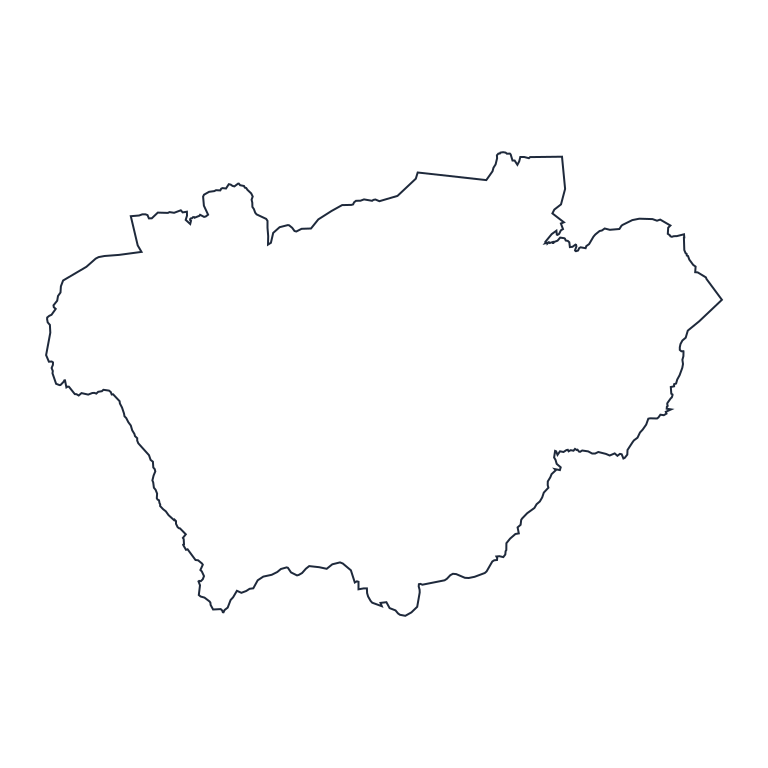 the district of Taretan, Michoacán, Mexico
{"feature_id": "50627088B53214631198114", "entity_name": "Taretan", "entity_type": "district", "adm_level": 2, "iso_a3": "MEX", "parent_name": "Mexico", "parent_adm1": "Michoacán", "projection": "robinson", "projection_center": [-101.91, 19.326], "detail": "fine", "context": "isolated", "style": "outline", "palette": "slate", "viewbox_px": 768, "rotation_deg": 0, "n_neighbors": 0, "source": "geoboundaries", "source_scale": "gbopen_adm2", "svg_char_len": 6083}
<svg xmlns="http://www.w3.org/2000/svg" viewBox="0 0 768 768"><path d="M506.3,550.1L506.4,543.2L510.1,538.6L515.4,534.0L518.8,533.4L517.6,527.4L520.6,524.8L521.2,519.9L522.1,518.5L527.2,513.2L534.4,508.0L536.6,504.2L539.8,501.5L542.2,497.4L543.8,492.6L548.4,487.7L547.7,485.1L547.8,481.4L550.3,477.3L551.6,474.1L555.8,470.2L554.8,469.1L559.9,470.1L560.7,467.3L556.7,463.9L555.5,459.8L554.1,457.5L555.1,450.9L556.1,451.3L557.5,454.9L560.0,451.3L563.5,452.0L566.4,450.1L567.8,449.8L568.6,451.3L570.7,450.2L573.5,450.7L575.0,448.9L576.7,450.0L577.5,449.7L579.0,451.6L580.1,451.8L582.2,450.5L588.2,451.4L592.1,453.5L595.2,453.5L598.3,452.0L605.9,453.9L609.7,455.5L614.7,453.4L617.4,455.8L619.9,453.9L620.7,454.0L621.7,454.3L623.4,458.5L624.7,457.9L627.3,454.6L627.5,450.0L632.5,442.3L633.9,440.4L637.5,437.7L640.0,432.5L642.6,429.7L646.2,424.6L648.3,418.7L650.1,418.3L657.0,418.5L658.4,417.5L660.4,414.7L663.8,415.2L666.5,413.6L665.8,411.8L671.1,409.4L666.7,408.7L666.9,406.6L667.7,405.9L667.2,403.9L667.5,402.9L670.7,398.4L671.8,397.4L672.5,395.2L672.5,394.5L671.3,393.7L670.8,387.0L674.1,386.3L674.1,384.2L676.1,383.5L677.2,379.6L679.6,375.2L682.3,367.8L683.0,364.0L682.4,359.8L683.4,356.2L683.5,351.7L683.4,351.2L681.4,351.3L679.8,349.9L679.8,347.2L680.5,344.0L682.4,340.5L685.7,337.7L687.8,330.6L699.2,321.3L721.9,299.8L706.5,279.0L705.9,277.4L697.7,272.4L695.2,272.2L695.6,266.6L693.2,264.9L689.3,259.6L688.0,256.0L686.8,255.5L686.6,253.8L685.6,253.2L684.3,250.1L683.9,237.6L684.3,237.5L684.0,234.3L676.9,236.1L673.8,236.2L671.9,236.8L670.4,236.3L669.9,235.3L667.8,233.8L668.2,227.7L670.4,225.5L660.2,219.6L657.0,220.7L652.5,219.1L639.3,218.7L632.3,220.1L622.6,224.9L621.5,225.7L619.4,229.0L609.8,229.8L604.7,228.5L601.9,230.5L599.6,231.0L595.3,234.5L593.5,236.6L589.1,244.1L586.3,246.1L585.6,248.2L580.6,247.3L579.2,248.1L578.1,250.5L576.4,251.1L575.6,251.1L575.0,250.3L576.4,246.5L576.1,244.9L575.5,244.6L572.5,246.8L569.9,247.1L569.3,242.3L567.8,240.9L565.7,240.5L564.9,238.6L564.2,238.2L560.2,237.6L557.5,240.7L554.3,241.9L553.4,243.0L553.0,243.0L552.9,242.0L549.7,243.0L548.9,242.2L547.4,243.6L547.3,242.8L545.1,243.3L545.5,242.8L545.3,241.9L551.7,234.1L556.4,230.7L556.8,234.6L557.5,234.9L559.1,233.9L560.9,230.3L563.0,229.1L560.9,223.5L563.9,222.3L552.4,213.4L554.3,209.6L561.0,204.4L565.1,188.9L562.0,156.7L530.1,157.1L528.9,158.2L524.2,157.0L520.3,157.0L519.2,161.4L517.4,164.8L514.6,160.5L512.5,160.5L510.7,154.5L509.9,153.6L506.9,153.7L505.6,152.6L503.1,152.2L500.4,152.6L499.9,153.5L498.4,153.6L496.9,155.3L497.1,158.2L495.6,164.4L493.5,167.7L492.5,171.3L486.3,180.1L417.7,172.5L415.8,178.7L397.5,195.9L379.4,201.2L375.4,199.5L373.4,199.9L372.1,200.8L364.0,199.4L360.5,200.7L356.0,200.8L354.1,202.3L353.1,204.4L351.4,204.9L342.1,205.1L331.5,211.0L318.3,219.4L311.0,228.5L301.6,228.8L296.3,231.5L294.5,231.0L292.2,227.8L289.1,225.3L287.8,225.1L279.6,227.2L273.2,232.9L270.9,242.8L268.0,244.6L268.2,236.2L267.5,227.8L267.5,220.9L266.2,218.9L256.6,214.4L255.2,212.7L253.9,209.1L252.4,206.9L252.3,202.7L251.6,199.7L252.7,196.5L251.2,193.4L247.4,189.8L246.2,188.0L244.8,187.6L244.0,186.0L240.1,185.2L238.8,183.6L238.1,183.6L234.4,186.4L232.5,185.9L230.7,184.6L228.8,184.2L226.0,188.5L222.5,188.1L221.2,188.7L220.3,190.4L216.0,190.2L214.3,191.1L209.1,191.8L204.0,194.7L203.1,196.6L203.9,205.7L208.1,214.7L205.7,216.5L204.1,216.9L200.1,214.8L199.4,215.8L194.6,217.7L194.2,217.1L193.1,217.1L191.9,218.3L190.8,218.4L190.2,219.0L190.1,220.0L191.0,220.8L190.2,224.0L185.7,219.9L187.0,215.7L186.9,211.7L182.7,212.4L180.8,210.3L174.1,212.8L169.5,212.1L167.9,212.9L157.8,212.6L151.8,218.3L148.9,218.4L147.5,215.1L145.4,214.3L142.4,214.3L139.1,215.5L130.8,216.2L137.7,245.4L141.5,251.9L119.0,254.9L104.5,256.0L98.6,257.1L95.7,258.6L86.4,266.8L63.1,280.5L60.9,286.3L60.5,292.5L58.0,296.0L57.2,300.7L53.5,305.3L53.8,307.2L55.7,308.9L51.5,314.8L49.3,315.8L47.2,317.5L47.1,319.2L47.7,322.4L49.9,324.9L50.3,332.7L46.1,355.1L48.9,361.7L51.7,361.5L53.0,362.4L52.9,364.9L51.6,368.0L52.8,371.0L52.5,373.3L56.1,383.8L59.5,385.1L60.5,385.0L63.6,381.8L64.4,380.3L65.0,380.3L66.4,387.4L67.7,386.6L68.9,386.7L74.8,394.1L76.5,394.2L78.7,395.5L81.5,393.1L88.2,394.6L92.3,393.0L94.5,392.9L96.3,393.6L98.2,391.8L101.9,391.2L103.4,389.8L109.0,390.6L110.8,392.1L111.7,394.5L113.1,394.3L119.6,401.2L119.9,403.5L122.0,407.5L124.0,413.5L124.5,416.3L126.2,418.0L128.4,422.3L130.8,425.5L132.2,430.3L134.4,433.9L135.0,436.1L137.2,438.2L137.2,440.6L138.3,443.3L149.0,455.2L150.6,459.9L152.9,461.7L153.3,467.5L154.7,469.1L155.3,471.4L153.6,475.5L152.4,480.4L153.2,482.4L153.9,487.7L155.6,489.8L157.1,493.6L156.8,498.2L157.6,499.6L159.0,500.3L159.5,503.1L160.2,504.4L160.1,506.0L163.1,509.2L165.8,511.3L168.6,515.2L174.1,520.2L174.5,519.6L176.0,521.1L176.0,523.8L177.6,527.1L178.9,528.2L180.0,528.4L185.8,534.3L182.9,537.9L183.7,539.1L184.0,544.4L183.2,544.7L183.3,545.2L186.0,549.8L187.6,549.3L195.5,560.0L198.1,560.3L202.0,563.5L202.8,564.7L200.4,570.0L201.8,571.4L204.0,576.1L202.8,579.2L200.8,581.2L199.2,580.9L198.5,581.4L200.0,585.3L198.8,595.0L200.6,596.5L204.5,597.6L209.6,601.5L210.4,602.7L210.6,604.9L213.1,609.5L220.7,609.1L222.2,610.5L222.8,612.2L223.5,612.3L224.6,610.0L227.7,607.6L230.6,600.0L233.1,597.3L236.9,590.8L241.4,592.8L246.2,591.0L249.6,588.8L253.3,588.3L257.7,580.3L263.3,576.6L271.7,574.8L277.3,572.0L280.9,569.0L286.6,567.4L287.9,567.8L291.0,572.4L297.0,575.4L298.8,574.9L302.1,573.0L305.9,568.7L309.2,566.1L319.2,567.2L326.7,568.8L332.3,564.3L340.0,562.4L342.8,563.5L350.9,570.3L354.8,582.5L356.9,581.3L358.5,581.8L358.5,589.3L363.7,588.4L366.9,588.4L367.1,593.1L368.1,596.5L370.6,600.9L372.2,602.7L381.8,606.2L380.5,602.9L386.4,602.2L389.6,608.1L395.5,610.4L398.1,613.5L400.0,614.8L405.3,615.8L411.4,612.4L417.2,606.8L419.7,592.5L419.6,589.8L418.7,586.4L418.9,584.2L420.4,583.9L422.4,584.7L444.6,580.3L446.9,578.8L450.3,575.2L452.9,573.8L456.2,574.1L464.9,577.8L468.7,578.0L474.6,576.8L484.8,573.0L486.6,571.4L492.3,561.5L494.2,560.3L497.0,560.0L497.2,558.0L496.4,556.5L499.4,556.2L503.3,557.1L505.3,554.5L505.6,551.2L506.3,550.1Z" fill="none" stroke="#1e293b" stroke-width="2"/></svg>